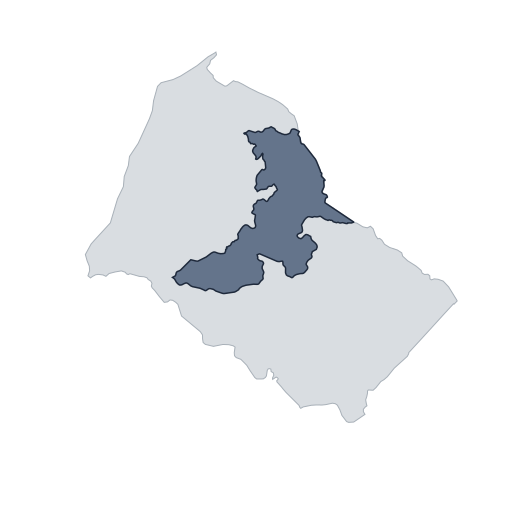 Brong Ahafo highlighted on a map of Ghana, rotated 133°
{"feature_id": "GHA-2159", "entity_name": "Brong Ahafo", "entity_type": "Region", "adm_level": 1, "iso_a3": "GHA", "parent_name": "Ghana", "parent_adm1": "", "projection": "albers", "projection_center": [-1.701, 7.588], "detail": "fine", "context": "in_parent", "style": "filled", "palette": "slate", "viewbox_px": 512, "rotation_deg": 133, "n_neighbors": 0, "source": "natural_earth", "source_scale": "10m", "svg_char_len": 8752}
<svg xmlns="http://www.w3.org/2000/svg" viewBox="0 0 512 512"><g transform="rotate(133 256 256)"><path d="M310.8,71.3L314.5,74.8L315.3,76.8L314.0,84.4L311.3,89.7L309.6,94.7L309.9,97.2L311.5,99.7L317.1,103.6L320.0,106.1L323.4,109.9L327.4,113.7L334.1,118.5L336.9,119.4L336.8,120.8L335.9,122.6L335.3,140.9L334.8,145.6L334.4,148.0L333.8,154.8L333.1,155.8L331.8,155.7L330.6,156.0L330.4,157.3L330.8,158.7L334.9,159.7L334.0,160.7L331.0,161.7L329.6,163.7L330.2,166.1L328.6,168.0L329.1,169.2L330.2,170.1L331.9,169.8L336.6,166.6L338.5,166.3L341.0,166.9L345.5,171.7L345.7,174.0L343.9,182.1L342.2,188.3L341.9,196.6L343.8,201.2L343.6,203.7L341.5,206.0L336.9,209.2L337.2,211.4L339.4,215.4L343.3,219.9L351.1,225.5L355.2,232.8L355.3,235.7L352.9,238.7L350.2,241.3L349.3,245.1L350.7,269.5L344.6,280.2L344.6,283.2L345.2,286.7L346.8,288.9L349.9,289.4L352.5,291.5L351.6,298.9L350.3,306.6L350.1,310.2L349.4,312.0L347.0,313.4L346.1,315.8L346.7,318.8L346.3,321.0L347.6,323.8L350.4,327.3L354.9,336.1L356.7,336.8L357.4,338.6L357.0,340.4L358.7,344.3L363.7,348.1L369.0,351.5L373.2,351.9L374.2,355.0L377.0,358.8L379.1,360.5L382.3,361.6L384.9,362.1L385.1,365.4L380.3,367.6L377.1,371.0L374.7,376.2L371.3,381.8L359.6,384.8L355.2,384.9L331.1,385.1L308.6,396.3L295.7,400.3L287.7,406.6L277.0,411.0L269.5,416.4L253.9,419.0L228.4,427.5L220.4,430.9L212.3,436.8L199.1,443.7L194.0,443.6L183.7,437.1L175.9,433.9L157.0,428.9L142.9,426.9L136.1,424.8L134.2,424.4L135.8,422.1L139.7,422.0L143.9,422.7L147.0,420.9L151.6,420.7L152.8,418.9L153.2,414.2L153.2,410.5L154.8,408.8L155.2,404.3L153.0,394.5L151.4,393.4L143.1,392.0L142.5,390.0L141.0,388.0L139.5,382.9L137.7,375.4L134.9,366.0L129.4,350.6L128.0,345.2L127.1,339.6L126.9,333.0L128.1,330.5L127.9,327.1L127.4,323.7L131.3,315.9L139.0,306.3L140.6,302.9L142.0,300.5L142.2,297.0L143.6,285.8L147.3,272.3L149.6,267.2L151.2,264.5L153.0,260.0L153.5,257.9L160.6,252.6L163.8,251.2L164.5,249.1L163.4,246.8L163.9,245.3L165.6,244.5L168.2,243.9L170.0,241.7L167.1,225.0L164.8,208.4L164.6,207.0L163.2,204.7L161.8,197.8L159.5,193.8L156.2,192.6L156.2,188.9L159.5,182.5L160.4,178.7L158.8,177.6L158.6,174.7L159.8,170.0L159.2,167.1L158.6,164.0L155.2,156.7L154.3,151.6L156.1,148.6L156.1,142.0L154.2,131.8L153.9,125.4L155.2,122.8L154.6,120.2L152.1,117.8L152.0,115.4L154.1,113.2L153.8,111.4L151.2,110.1L148.8,106.9L146.7,102.0L147.2,94.1L151.2,79.5L151.7,78.2L156.2,78.3L156.2,79.0L170.2,78.9L186.1,78.7L205.2,78.5L222.6,78.4L223.3,77.7L226.2,76.9L243.7,78.4L254.7,77.6L259.3,78.1L262.7,79.1L270.3,78.5L274.3,78.8L277.4,82.5L278.6,82.4L280.3,80.9L283.3,79.1L286.4,77.7L288.6,74.8L289.9,72.7L291.9,73.1L294.8,73.0L296.7,71.2L297.5,68.3L310.8,71.3Z" fill="#d9dde1" stroke="#a8b0b8" stroke-width="1"/><path d="M166.2,244.4L167.0,244.1L169.6,242.5L170.0,241.7L164.7,208.8L164.5,207.9L164.8,207.7L165.0,208.0L165.6,208.1L166.8,208.8L169.2,211.4L169.5,211.2L170.0,211.4L170.8,212.2L172.5,215.4L174.6,217.0L175.4,219.0L176.8,219.9L178.3,223.0L178.0,224.1L178.4,225.1L179.1,225.9L179.7,227.2L180.8,227.5L181.1,228.0L181.2,228.6L181.9,229.9L182.4,231.9L182.9,235.6L183.4,236.4L185.1,237.5L185.9,238.2L187.5,240.3L189.3,241.2L190.8,243.7L191.8,244.7L193.9,245.2L196.4,245.2L201.9,244.0L202.6,243.5L203.5,241.9L204.0,241.4L204.7,240.4L205.7,239.3L206.9,238.7L208.3,238.9L210.6,240.0L211.8,240.3L212.9,240.0L213.5,239.2L213.7,238.1L213.7,237.1L212.7,234.9L210.9,234.5L208.7,234.6L206.5,234.3L205.9,233.8L205.4,232.9L205.0,231.9L204.9,230.9L204.4,229.4L204.7,228.9L205.5,227.9L206.1,226.6L206.3,225.5L206.1,222.0L206.2,220.8L206.4,219.5L206.9,218.4L207.7,217.4L210.0,216.4L214.4,217.8L216.1,217.0L216.8,216.8L217.4,216.2L218.0,214.9L218.7,214.4L219.4,214.2L219.9,214.2L223.3,214.9L223.9,214.9L226.0,214.6L227.6,213.9L228.0,213.5L228.7,210.9L229.3,210.2L230.2,209.6L231.6,209.4L234.7,209.3L236.1,209.5L236.9,209.9L238.9,211.8L241.8,213.7L243.3,214.3L244.5,214.6L246.6,214.6L247.1,214.8L247.4,215.0L247.7,215.9L248.0,217.2L248.9,219.1L249.1,220.1L249.1,221.0L248.3,222.7L247.9,223.2L244.9,225.9L244.6,226.3L244.3,226.8L244.2,227.5L244.1,229.4L244.0,230.1L243.5,230.8L242.5,231.8L242.1,232.2L241.7,233.0L242.6,234.0L244.2,235.1L245.0,236.1L245.6,237.1L251.8,254.5L252.1,255.0L254.3,256.0L255.1,254.9L255.6,253.9L256.7,253.2L256.8,252.9L257.0,252.2L256.9,250.4L256.6,249.6L255.7,248.1L255.6,247.5L255.7,246.4L256.1,245.6L256.6,245.2L259.0,244.5L259.7,244.1L261.0,242.9L262.2,239.9L262.6,239.2L263.7,238.5L265.6,237.7L266.4,236.9L267.5,235.6L267.8,235.3L268.3,235.2L269.3,235.2L271.2,235.4L274.4,235.0L275.1,235.2L275.8,235.7L276.7,236.7L278.2,238.5L284.2,243.4L287.4,245.2L288.5,245.6L290.8,246.0L291.9,245.9L292.5,245.7L295.8,246.6L297.0,247.1L305.1,253.6L305.8,254.4L306.4,255.5L309.0,261.4L309.4,264.1L309.6,264.7L311.1,267.3L312.1,268.2L312.7,268.4L315.1,268.9L315.8,269.3L316.1,269.8L316.3,270.4L316.4,271.1L317.8,275.0L321.7,281.5L322.3,283.2L322.6,287.0L323.0,288.2L323.5,288.9L325.6,289.9L327.2,290.4L328.1,290.9L328.8,291.5L329.4,292.2L329.6,294.0L329.6,294.8L329.4,296.5L328.4,299.7L328.4,300.7L328.6,302.5L325.9,301.6L325.5,301.5L325.1,301.6L324.2,302.0L323.2,302.6L322.3,303.0L321.6,303.0L321.1,303.0L319.1,302.0L317.9,301.6L303.2,301.1L300.6,296.5L299.5,295.1L299.1,294.9L290.6,291.7L284.6,290.7L282.8,290.1L281.9,289.6L281.5,289.2L280.9,288.2L279.9,285.7L278.5,283.5L277.5,282.5L276.1,281.3L275.4,280.9L275.0,280.8L274.5,281.1L273.3,281.5L272.8,281.8L271.9,282.6L271.2,282.6L270.8,282.3L270.6,282.3L270.0,283.3L269.4,283.6L269.1,283.5L268.9,283.1L267.3,282.7L266.2,282.1L264.6,282.1L263.9,282.6L263.6,282.7L261.6,282.7L261.0,282.4L260.6,281.8L260.3,281.7L258.9,281.9L258.6,281.7L258.0,281.2L257.8,281.0L255.6,280.8L255.2,280.9L254.5,281.8L253.4,282.7L252.9,283.8L252.5,284.2L251.4,284.5L248.0,285.0L246.8,285.4L245.7,285.4L244.4,285.6L243.1,285.6L241.8,285.4L240.7,285.1L240.0,284.4L239.7,284.0L239.3,283.1L239.2,282.6L239.0,279.1L238.3,277.4L237.6,276.8L236.8,276.3L236.3,276.1L235.5,276.1L234.4,276.6L233.8,277.2L231.9,280.2L231.2,281.1L228.4,282.9L226.5,284.3L226.4,284.7L226.4,285.0L226.9,286.4L227.3,288.1L227.0,288.7L225.8,289.1L224.5,289.1L223.8,289.2L223.3,289.5L222.6,290.2L221.7,291.7L221.3,292.1L220.6,292.5L219.6,292.6L218.6,292.4L217.7,292.0L217.3,292.0L216.6,292.1L215.0,292.6L214.5,292.7L214.1,292.7L213.8,292.5L213.1,291.7L212.4,291.1L211.1,290.4L209.6,289.8L209.4,289.3L209.2,288.6L209.1,286.1L208.8,285.4L208.3,285.1L207.5,285.1L205.3,285.7L203.1,285.8L202.2,285.6L201.5,285.2L201.2,285.1L200.3,285.2L198.8,285.2L198.4,285.3L197.6,285.8L196.8,285.9L194.0,285.5L193.3,285.5L192.8,285.7L192.1,287.8L191.6,288.5L191.5,289.1L191.5,290.1L191.2,291.0L191.1,291.8L191.8,292.1L192.5,292.2L193.9,292.1L194.5,292.3L196.1,294.0L196.8,294.4L199.3,294.0L199.8,294.0L202.2,295.9L203.8,297.6L204.3,297.9L207.9,299.0L207.8,299.5L207.2,300.5L207.3,301.8L206.9,303.3L206.5,303.7L205.4,303.9L204.2,304.1L203.2,304.4L202.6,305.0L201.2,306.9L200.4,307.7L198.8,308.9L197.2,309.8L196.1,310.2L189.0,310.6L188.5,310.5L188.3,310.3L187.9,309.1L187.6,308.9L187.2,308.7L185.9,308.6L185.6,308.7L184.8,309.1L181.2,313.2L180.9,313.7L180.9,314.4L180.4,315.7L180.4,316.9L179.8,317.9L178.6,319.1L177.9,319.7L176.9,320.2L176.7,320.4L176.5,321.2L176.8,321.3L177.5,321.3L179.6,320.7L182.5,320.8L183.7,320.9L184.3,321.1L184.9,321.4L185.2,321.9L185.3,322.1L185.3,322.4L183.8,323.2L183.2,323.9L182.9,324.7L182.4,328.5L181.8,329.7L181.5,330.1L180.5,330.7L178.7,331.3L178.1,331.4L177.4,331.3L175.5,330.9L175.3,331.1L175.0,332.7L175.0,333.3L175.2,333.5L175.9,333.9L176.3,335.5L177.2,336.2L177.5,336.6L176.9,337.9L177.2,338.7L177.3,339.2L176.9,340.0L175.4,341.6L174.9,342.6L174.4,343.1L174.1,344.0L173.6,344.7L173.8,345.6L173.5,346.0L173.4,346.5L173.7,346.9L174.3,347.1L174.5,347.3L174.6,347.9L174.5,348.5L174.1,348.5L172.8,347.6L171.8,347.2L169.6,347.0L169.0,346.6L166.4,341.1L165.8,340.5L163.7,339.8L163.1,339.3L162.8,338.9L162.6,338.3L162.3,337.1L161.7,336.5L161.0,336.1L159.9,335.9L157.7,336.1L157.0,336.1L156.3,335.9L153.8,334.0L153.3,333.8L151.7,333.3L151.2,333.0L151.0,332.7L150.9,331.8L150.4,330.3L150.2,329.2L150.3,328.5L150.9,327.1L150.4,325.3L150.4,324.2L149.4,321.8L149.1,320.6L147.8,318.0L146.3,316.5L144.5,315.5L143.6,315.2L143.0,315.0L142.3,315.2L139.8,316.1L138.8,316.1L138.1,315.7L137.2,314.8L136.6,313.7L136.2,312.5L135.5,309.3L138.5,308.3L138.8,307.9L139.3,304.9L139.6,304.3L142.3,301.0L142.8,299.9L142.8,299.1L142.2,298.1L141.8,297.3L141.8,296.6L144.7,278.6L145.5,276.3L149.7,267.3L150.7,265.8L150.6,264.7L150.6,264.4L151.1,263.9L152.4,263.2L152.9,262.7L153.1,262.0L153.3,257.6L153.5,257.2L153.9,257.2L154.2,257.4L154.6,257.9L155.6,257.1L158.2,254.1L159.3,253.3L162.8,252.2L164.0,251.6L164.5,250.8L164.6,249.8L164.2,248.4L163.4,246.7L163.3,246.0L163.6,245.0L164.0,244.2L164.3,243.9L164.8,243.9L165.6,244.3L166.2,244.4Z" fill="#64748b" stroke="#1e293b" stroke-width="1.5"/></g></svg>